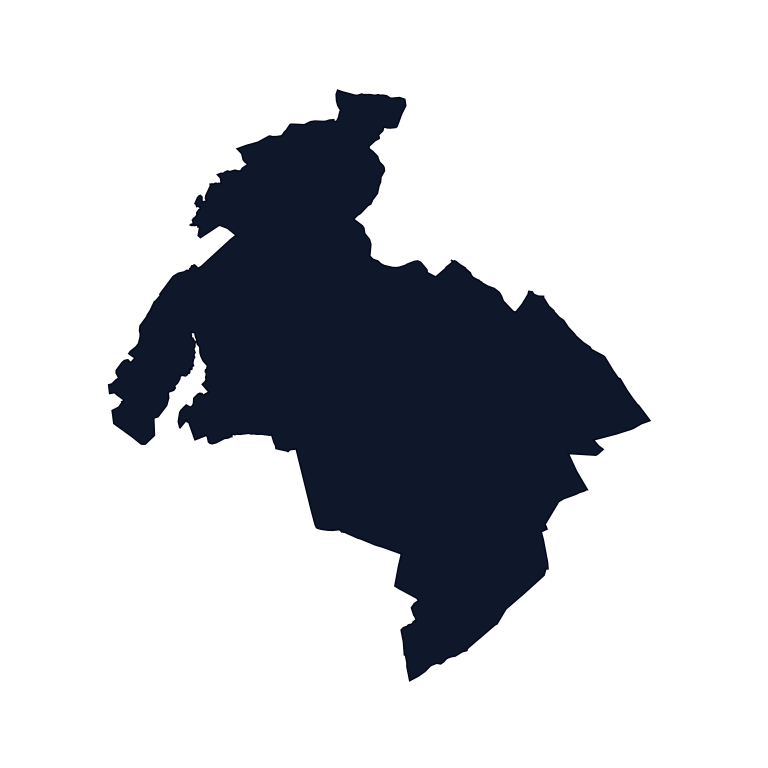 Voinesti, Iasi, Romania (Albers equal-area conic projection), rotated 104°
{"feature_id": "2599482B56486568055847", "entity_name": "Voinesti", "entity_type": "district", "adm_level": 2, "iso_a3": "ROU", "parent_name": "Romania", "parent_adm1": "Iasi", "projection": "albers", "projection_center": [27.415, 47.064], "detail": "fine", "context": "isolated", "style": "filled", "palette": "ink", "viewbox_px": 768, "rotation_deg": 104, "n_neighbors": 0, "source": "geoboundaries", "source_scale": "gbopen_adm2", "svg_char_len": 6171}
<svg xmlns="http://www.w3.org/2000/svg" viewBox="0 0 768 768"><g transform="rotate(104 384 384)"><path d="M102.7,432.7L102.3,438.2L104.8,445.4L105.1,447.1L103.7,451.1L104.0,455.0L104.8,457.6L104.6,459.3L106.2,462.9L106.5,467.1L108.2,474.0L108.0,475.8L110.2,479.2L110.8,481.6L110.6,495.0L110.1,500.1L114.5,500.5L120.6,498.6L125.0,496.2L129.1,492.2L130.6,492.7L136.4,492.6L140.5,493.5L141.1,494.6L141.1,496.5L139.7,496.7L141.1,500.8L143.1,504.0L143.9,506.3L145.6,514.7L147.3,518.8L151.7,524.0L154.2,536.4L154.9,537.9L161.8,540.4L163.4,541.6L167.0,542.8L168.1,543.7L169.9,547.9L171.1,552.5L170.9,553.8L171.2,555.4L179.9,564.8L185.4,574.6L191.3,583.5L194.3,578.6L195.5,577.4L200.5,574.9L202.4,572.4L203.2,570.1L204.2,569.5L208.9,573.7L211.3,574.4L212.1,575.4L212.6,576.6L212.6,580.3L215.3,585.1L215.1,587.4L217.0,589.8L218.6,590.9L219.0,593.2L221.2,596.3L223.7,592.5L228.2,590.7L228.9,591.3L229.3,593.1L229.9,593.9L229.8,595.7L230.2,596.5L231.7,597.9L231.9,598.4L231.3,598.7L232.2,601.1L233.5,600.4L244.0,602.4L246.7,602.3L248.3,601.4L249.1,600.4L249.9,600.8L250.0,601.7L251.2,604.1L250.3,604.9L246.5,605.9L245.4,607.9L246.2,608.9L248.2,610.0L254.7,611.1L255.3,609.7L257.2,608.7L256.6,607.6L257.1,605.1L259.2,604.8L259.6,605.8L263.1,607.1L265.6,606.5L268.8,608.1L269.4,609.1L270.2,608.9L271.3,609.6L274.6,607.6L275.8,610.0L276.6,610.5L276.8,609.4L276.0,606.5L276.1,605.8L275.1,604.4L275.5,602.9L276.7,602.5L276.1,601.4L276.5,600.8L285.0,600.2L286.4,597.5L269.7,582.2L270.7,573.7L275.4,563.5L281.1,567.9L314.1,589.7L316.8,592.4L314.5,596.0L314.3,597.1L315.9,597.6L315.6,598.5L315.9,599.2L318.4,599.6L319.0,600.4L320.0,600.2L321.2,601.0L321.4,603.0L323.5,604.9L326.3,610.4L330.4,614.4L331.7,615.1L351.1,623.2L351.6,622.2L358.8,625.7L359.6,626.7L369.2,628.6L374.7,630.5L375.6,630.3L386.6,634.8L391.6,634.1L393.9,632.8L397.1,632.0L404.3,632.0L408.2,633.8L413.8,638.1L416.3,639.0L418.1,634.4L417.7,634.0L419.3,632.1L424.3,634.7L424.4,635.4L422.4,638.4L424.1,641.7L426.8,643.5L435.5,647.1L438.1,646.6L442.3,642.8L444.9,645.1L449.8,648.1L451.4,651.0L459.6,647.9L457.5,643.2L458.9,641.0L462.3,632.6L463.4,632.7L464.7,634.2L465.6,633.3L466.2,634.0L470.7,635.8L475.5,641.4L487.7,636.6L496.0,615.9L500.9,605.3L500.9,603.5L500.1,601.1L489.4,594.3L473.2,599.0L472.5,598.6L470.4,595.3L457.4,589.7L449.6,589.5L444.2,591.4L441.0,586.6L438.4,585.5L436.4,586.8L433.1,584.6L428.8,583.4L425.7,583.6L424.4,582.1L424.2,578.5L422.4,577.0L421.1,577.3L420.8,575.7L419.9,575.3L416.6,576.0L416.3,575.7L416.6,574.7L416.0,574.0L413.6,574.5L412.3,573.2L410.2,574.6L406.0,574.8L403.8,574.2L401.5,575.7L399.3,574.9L396.0,577.1L393.3,576.5L390.9,577.2L388.6,577.0L388.3,577.6L388.5,579.1L387.5,579.1L385.7,580.7L385.8,581.8L385.6,582.2L383.3,582.6L381.9,583.6L380.4,583.1L380.0,579.7L381.4,579.5L384.4,577.9L385.6,576.8L390.4,574.9L392.4,572.0L393.3,571.5L398.3,570.1L401.5,568.2L405.4,565.0L408.6,560.1L409.3,559.8L412.8,559.6L413.2,560.5L414.2,560.6L415.5,560.3L415.7,559.4L418.3,558.6L420.5,558.7L422.8,557.7L425.2,558.3L428.3,560.3L434.0,552.2L434.8,552.6L437.8,555.9L438.5,556.0L438.3,557.7L437.6,557.9L437.3,558.6L438.0,559.7L437.5,559.9L437.5,560.5L438.8,562.1L443.8,565.1L448.9,564.2L451.4,564.5L453.1,566.1L453.3,566.7L452.2,570.8L458.2,574.5L460.9,575.3L470.3,574.5L475.7,571.7L475.9,571.3L466.5,566.9L467.2,566.1L468.3,566.0L468.5,564.1L483.9,553.9L477.0,544.2L477.7,542.7L482.7,540.3L483.6,538.5L483.6,536.4L481.8,532.9L475.5,525.7L474.0,522.0L472.0,519.7L471.9,518.9L469.9,519.2L469.2,518.3L469.3,516.3L468.5,515.5L467.3,510.2L466.5,509.2L466.6,508.7L464.7,503.8L464.5,500.1L463.9,498.9L463.5,495.1L462.4,491.2L461.3,482.1L460.5,480.7L467.5,476.5L469.9,474.4L472.8,473.2L472.5,462.2L472.8,460.8L470.5,459.4L468.3,453.5L523.2,424.5L537.2,416.8L539.7,414.8L540.1,413.3L540.1,409.3L539.5,403.7L538.5,398.7L536.1,392.1L536.7,390.6L537.8,389.3L537.4,388.4L537.6,386.9L537.2,385.4L537.8,384.4L539.9,371.9L539.9,369.7L542.3,353.4L542.6,346.2L544.6,326.5L545.8,326.0L557.7,325.8L577.4,324.6L578.9,320.0L583.9,300.4L585.9,298.1L589.7,301.5L594.5,303.3L601.2,299.1L602.3,297.7L605.1,295.8L607.7,298.1L609.6,298.5L611.1,300.1L611.3,301.2L612.3,302.4L613.5,302.9L615.7,306.2L618.6,307.9L629.2,302.9L641.9,298.7L641.4,297.8L649.0,294.3L652.7,293.4L665.7,287.3L659.0,279.9L652.8,274.6L646.4,270.9L645.3,269.7L642.2,265.4L641.9,261.3L639.0,258.8L635.9,257.3L634.4,255.8L632.4,252.9L630.8,249.1L624.9,243.3L622.6,239.1L620.9,239.2L619.0,238.0L591.0,218.1L589.5,216.3L572.9,211.3L553.5,197.6L530.8,182.4L524.3,182.2L523.7,180.1L517.6,182.1L496.3,191.9L489.3,195.7L485.4,190.7L482.5,192.6L481.5,193.9L456.0,186.1L451.8,181.9L444.3,170.8L441.9,168.0L439.4,163.8L437.6,162.0L437.4,161.1L422.1,176.1L406.9,188.3L401.8,161.1L399.8,159.2L394.4,155.5L392.1,160.9L387.6,167.2L376.3,146.6L368.1,133.3L366.5,131.1L360.3,124.7L355.2,117.0L343.1,131.9L342.9,132.9L338.3,138.7L331.6,146.4L321.8,156.1L321.5,158.3L315.5,165.1L304.2,176.5L303.5,178.3L300.6,190.1L299.8,191.6L298.3,193.1L295.6,200.6L291.0,209.4L289.5,211.1L284.4,219.0L278.8,225.1L277.0,230.0L272.6,236.6L271.8,236.8L268.8,242.7L261.6,250.1L260.3,250.4L261.4,255.2L260.8,260.2L258.7,262.4L259.1,266.0L261.8,265.8L273.1,269.2L281.9,273.3L282.6,274.6L281.9,276.9L274.6,288.3L270.2,291.3L267.2,294.3L264.6,300.2L264.0,306.8L262.2,313.2L261.4,314.1L261.4,315.2L260.4,316.8L260.1,319.2L258.9,323.5L257.4,325.6L255.2,327.1L252.6,332.4L251.7,333.1L249.8,339.2L247.8,343.4L247.4,345.5L248.3,346.3L247.7,348.3L248.1,348.4L248.9,346.7L255.5,351.8L257.6,352.6L267.6,359.7L265.4,369.1L262.8,369.9L256.9,378.0L256.4,380.9L257.6,384.0L262.2,390.6L263.7,392.0L266.9,397.2L268.1,400.0L268.9,404.2L269.0,412.5L268.1,416.2L266.1,419.7L265.7,424.8L263.3,428.7L251.8,430.5L247.2,433.1L242.8,439.0L237.6,441.2L235.7,443.3L231.4,453.4L226.0,450.0L225.1,448.8L223.2,447.5L214.8,442.8L212.6,440.4L207.7,439.5L200.7,436.5L193.2,436.8L188.8,436.2L183.9,437.0L177.1,435.1L174.1,436.2L172.5,437.5L169.6,442.2L164.6,445.4L161.1,451.1L159.3,455.3L157.0,456.1L149.8,451.3L147.3,448.3L146.5,448.1L143.7,449.5L138.6,446.4L135.2,446.4L134.6,445.5L134.7,442.8L134.0,439.5L132.2,434.6L130.9,433.6L117.8,432.2L108.7,430.2L102.7,432.7Z" fill="#0f172a" stroke="#020617" stroke-width="1.5"/></g></svg>